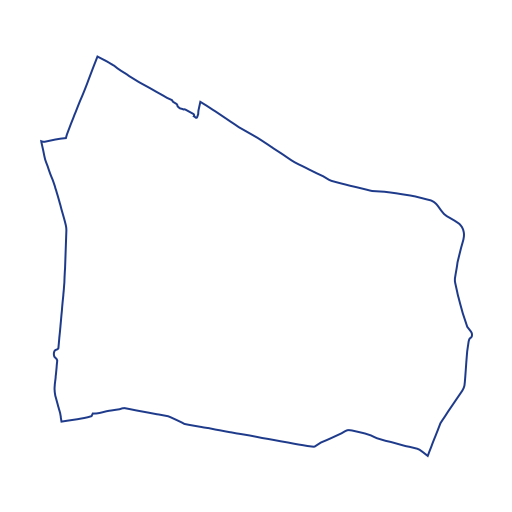 the district of Cuauhtémoc, Distrito Federal, Mexico, rotated 92°
{"feature_id": "50627088B31527020598056", "entity_name": "Cuauhtémoc", "entity_type": "district", "adm_level": 2, "iso_a3": "MEX", "parent_name": "Mexico", "parent_adm1": "Distrito Federal", "projection": "albers", "projection_center": [-99.15, 19.433], "detail": "fine", "context": "isolated", "style": "outline", "palette": "blue", "viewbox_px": 512, "rotation_deg": 92, "n_neighbors": 0, "source": "geoboundaries", "source_scale": "gbopen_adm2", "svg_char_len": 5145}
<svg xmlns="http://www.w3.org/2000/svg" viewBox="0 0 512 512"><g transform="rotate(92 256 256)"><path d="M190.8,99.5L190.8,99.8L190.2,103.6L189.0,113.8L188.5,117.5L187.8,124.4L187.6,126.7L187.3,129.9L187.1,138.0L187.0,142.2L186.6,144.4L185.9,147.5L184.5,154.2L183.8,157.6L183.3,160.2L182.6,164.0L182.0,166.7L181.4,169.3L180.9,171.7L180.4,174.0L179.5,178.0L178.3,183.1L177.9,184.2L177.2,185.9L174.0,191.6L171.0,198.7L167.7,206.0L166.3,208.9L164.4,213.1L163.0,216.4L161.0,220.6L159.1,224.0L157.1,227.2L153.6,232.7L147.9,242.2L144.1,248.2L142.6,250.7L140.7,253.8L137.8,258.7L135.1,263.8L132.7,268.4L127.9,277.6L124.9,282.3L124.1,283.6L122.3,286.6L121.9,287.2L116.7,295.5L116.2,296.3L112.9,301.6L111.2,304.6L110.0,306.5L107.4,310.8L103.9,317.0L108.2,317.8L112.7,318.6L114.5,318.7L116.1,318.7L119.1,319.6L119.7,319.9L120.0,320.7L118.7,322.6L118.5,323.0L118.2,322.8L117.7,322.7L117.2,322.8L116.6,323.1L116.2,323.6L112.4,331.1L111.9,332.4L111.9,332.9L112.1,333.4L112.0,333.9L111.7,334.4L111.5,335.3L111.3,336.3L111.1,337.1L110.7,337.8L110.2,338.3L109.9,338.8L109.4,339.3L108.7,339.8L107.9,339.9L106.9,340.6L104.8,344.3L103.1,345.5L102.2,347.7L101.0,350.6L99.5,353.3L95.5,361.1L92.0,367.7L90.7,370.3L87.1,377.5L86.0,379.6L82.8,385.2L82.0,386.6L80.6,389.1L79.0,391.4L75.7,397.2L73.3,401.0L70.7,404.5L70.3,405.4L67.2,411.0L66.9,411.5L62.2,421.4L73.6,425.4L84.8,429.2L90.2,431.0L95.9,433.0L101.9,435.2L107.0,437.2L112.8,439.3L118.5,441.3L121.1,442.3L124.1,443.3L129.9,445.4L135.2,447.2L140.5,449.0L141.1,449.2L144.8,450.1L145.5,455.1L146.2,458.6L146.7,461.1L146.8,461.4L149.2,471.1L149.3,471.9L149.1,473.6L148.8,474.6L150.0,474.4L158.1,472.3L163.6,471.0L164.7,470.7L166.9,470.1L169.5,469.1L173.5,467.4L177.3,466.0L181.1,464.5L184.3,463.1L186.9,461.9L190.2,460.6L193.7,459.3L195.2,458.9L197.2,458.1L199.7,457.3L202.9,456.2L205.7,455.3L208.5,454.4L209.2,454.2L211.9,453.3L216.0,452.1L220.3,450.7L223.1,449.8L225.6,449.0L228.2,448.2L231.7,447.2L233.0,446.9L234.6,446.6L236.9,446.4L238.0,446.4L242.8,446.4L257.1,446.4L261.4,446.4L265.4,446.4L268.8,446.4L269.3,446.4L275.2,446.4L278.1,446.5L284.1,446.6L285.2,446.6L285.9,446.6L289.3,446.6L291.3,446.7L296.4,446.9L301.3,447.2L302.0,447.2L307.9,447.6L312.9,447.9L317.6,448.1L322.2,448.4L328.0,448.7L333.3,449.0L338.6,449.3L344.3,449.7L350.2,450.0L353.7,450.2L355.1,450.3L355.5,450.5L356.2,451.3L356.6,452.2L356.9,453.0L357.5,453.7L358.3,454.2L359.5,454.5L360.2,454.6L361.2,454.6L362.4,454.4L363.7,454.0L364.7,453.0L365.5,452.1L366.2,451.5L367.5,451.0L369.1,451.1L371.9,451.3L374.5,451.4L377.7,451.6L381.1,451.8L383.2,452.0L384.3,452.0L385.8,452.1L387.8,452.3L389.1,452.4L391.3,452.6L392.0,452.6L394.4,452.7L394.8,452.7L396.0,452.7L397.7,452.5L398.1,452.5L399.5,452.3L401.1,452.0L402.7,451.7L404.5,451.1L408.7,449.8L411.9,448.8L413.0,448.5L414.4,448.0L415.8,447.6L416.9,447.2L419.7,446.3L423.4,445.5L423.9,445.5L428.3,444.6L427.2,438.9L425.4,429.0L425.2,428.0L424.7,425.8L423.9,422.0L423.0,418.5L421.8,414.8L419.1,413.6L419.1,411.9L418.9,409.7L418.3,406.7L417.5,403.8L416.4,400.1L415.8,397.4L415.4,395.0L414.8,391.9L413.9,387.0L412.9,384.3L412.6,382.1L413.4,376.9L414.5,370.3L414.9,367.6L416.3,358.0L417.6,349.6L417.8,347.5L419.2,338.3L420.1,335.8L422.7,329.6L425.0,324.3L425.9,322.5L426.3,321.8L427.0,317.6L427.8,311.9L428.7,305.4L428.7,305.1L428.9,304.0L429.2,302.1L429.6,298.2L429.6,297.5L429.9,295.9L430.9,290.3L431.5,285.7L431.9,283.2L432.4,280.1L433.0,276.0L433.1,274.7L434.0,269.1L434.3,266.2L434.9,261.4L435.6,256.0L436.8,248.6L437.7,243.4L438.4,237.6L439.2,232.1L440.3,224.9L441.3,217.4L442.3,211.3L442.9,207.1L443.4,202.7L444.1,197.9L444.6,191.8L444.4,190.7L440.2,184.7L439.7,183.7L437.6,179.1L435.8,175.4L430.2,164.3L428.9,162.3L428.2,161.2L427.2,159.3L426.8,157.9L426.8,156.7L427.0,154.1L428.3,147.3L429.1,143.2L429.6,140.8L431.3,134.9L432.2,132.9L432.4,132.3L432.5,132.2L433.9,128.8L436.2,120.0L437.1,115.0L437.8,112.0L438.2,110.4L440.2,102.2L440.8,99.6L441.4,95.6L442.8,89.0L443.0,88.1L443.9,85.8L446.1,82.5L449.8,77.4L448.7,77.0L445.9,76.1L443.1,75.1L440.6,74.2L437.8,73.3L434.9,72.3L429.7,70.4L423.8,68.3L417.7,66.2L416.6,65.8L413.1,63.7L410.9,62.3L408.6,60.9L406.4,59.6L404.4,58.4L398.7,54.8L395.7,52.9L392.5,50.9L386.2,46.9L383.5,45.2L381.9,44.4L380.5,43.8L378.4,43.2L377.4,43.1L374.9,42.9L370.6,42.7L363.0,42.4L354.5,42.1L347.7,41.8L343.8,41.6L340.1,41.2L333.9,40.5L332.7,40.2L332.0,40.0L331.3,39.7L330.6,39.1L330.0,38.3L329.7,38.0L328.6,37.5L328.0,37.4L326.8,37.4L325.5,37.7L324.1,38.5L323.5,39.0L319.4,42.4L306.2,47.3L302.7,48.4L299.5,49.4L297.6,50.0L296.3,50.4L293.3,51.3L290.6,52.1L288.7,52.7L286.9,53.2L284.4,53.8L276.3,55.9L274.5,56.3L273.0,56.4L271.3,56.4L265.9,55.7L261.7,55.1L258.5,54.7L256.3,54.5L254.8,54.3L253.9,54.1L248.1,52.9L245.3,52.3L241.0,51.4L238.5,50.8L235.7,50.1L232.3,49.3L230.8,49.1L229.2,48.9L226.9,48.9L225.0,49.2L222.5,49.9L221.2,50.5L219.6,51.4L218.4,52.4L217.5,53.2L216.8,53.9L215.7,55.6L213.8,58.7L212.4,61.3L211.2,63.5L209.6,66.6L208.6,68.0L207.5,69.5L206.1,70.8L203.9,72.7L200.9,75.0L199.5,76.1L198.0,77.4L197.2,78.3L196.4,79.3L195.7,80.3L194.8,82.1L194.3,83.3L193.3,88.1L192.4,92.1L191.7,95.4L190.8,99.5Z" fill="none" stroke="#1e3a8a" stroke-width="2"/></g></svg>